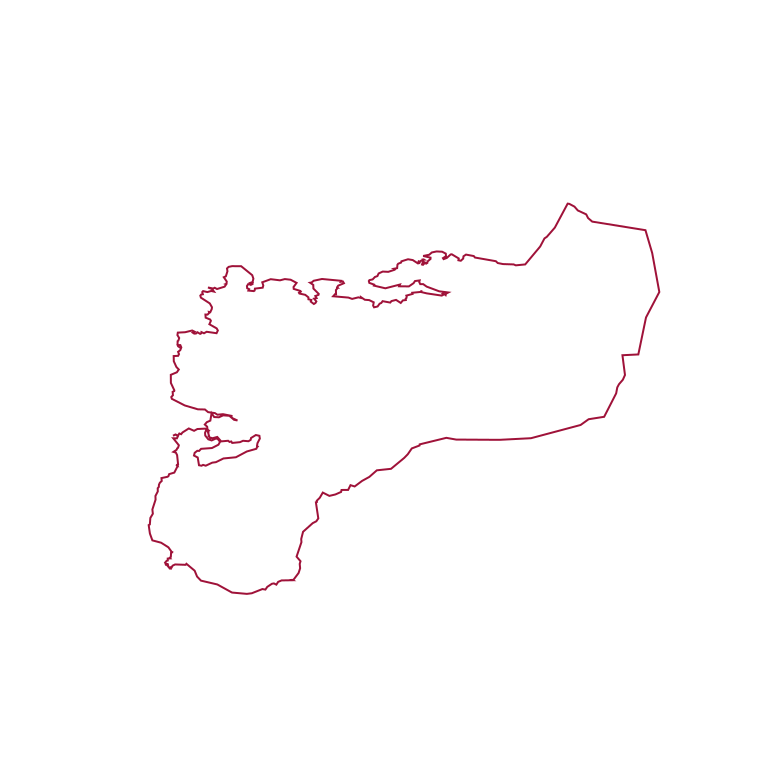 Rissa nor, Sør-Trøndelag, Norway, rotated 33°
{"feature_id": "86288312B80275455305326", "entity_name": "Rissa nor", "entity_type": "district", "adm_level": 2, "iso_a3": "NOR", "parent_name": "Norway", "parent_adm1": "Sør-Trøndelag", "projection": "orthographic", "projection_center": [10.01, 63.676], "detail": "fine", "context": "isolated", "style": "outline", "palette": "rose", "viewbox_px": 768, "rotation_deg": 33, "n_neighbors": 0, "source": "geoboundaries", "source_scale": "gbopen_adm2", "svg_char_len": 6165}
<svg xmlns="http://www.w3.org/2000/svg" viewBox="0 0 768 768"><g transform="rotate(33 384 384)"><path d="M586.5,291.6L583.8,265.4L581.5,259.8L581.2,256.2L582.0,250.3L581.2,245.2L568.3,230.0L581.2,220.7L567.5,185.5L564.8,156.9L537.6,128.1L519.5,112.6L470.2,134.4L464.8,133.7L461.2,131.6L452.0,132.9L447.1,131.5L441.3,132.0L439.8,132.7L442.1,159.8L440.4,171.9L439.3,174.5L440.1,183.6L437.3,206.8L429.9,212.7L427.6,213.1L418.5,218.6L413.5,220.6L410.9,220.1L391.4,228.4L389.6,227.8L382.3,230.8L381.1,233.6L382.1,235.7L381.3,238.8L379.0,239.7L378.3,238.0L370.2,238.3L369.3,239.1L368.0,244.1L366.0,246.8L364.9,246.3L366.4,243.1L364.8,241.0L360.7,241.4L355.9,244.2L352.5,247.6L351.5,251.0L347.1,255.3L354.2,252.7L354.9,253.8L353.9,257.1L354.2,258.9L353.8,259.1L354.2,259.2L353.8,260.1L352.3,260.3L351.8,262.8L350.8,263.1L350.3,261.1L351.0,259.9L349.0,259.7L348.7,258.8L349.9,257.9L349.4,257.9L348.4,258.7L348.9,259.7L347.8,260.6L347.7,261.8L345.4,262.4L347.7,262.3L347.8,263.3L346.8,264.4L340.6,264.4L336.2,266.3L331.8,271.6L332.2,272.8L330.4,275.4L330.3,276.6L331.9,279.7L329.9,281.6L330.9,281.4L330.7,282.4L326.5,287.6L321.7,290.4L319.3,294.2L319.7,297.1L318.1,299.2L317.5,302.5L315.2,304.8L315.2,305.9L316.6,307.2L321.7,306.0L321.9,307.0L333.0,303.0L343.2,291.9L343.5,293.8L351.7,288.6L353.9,283.3L353.9,280.8L357.5,277.7L358.0,279.3L360.0,280.5L362.5,278.9L366.7,279.1L379.8,276.2L388.1,272.2L386.8,274.5L387.3,275.9L384.4,275.6L384.0,276.4L385.4,276.4L384.3,278.4L370.5,284.7L365.5,286.5L364.3,285.1L365.0,286.5L358.0,292.1L358.9,292.9L354.6,297.7L355.5,298.4L356.0,299.8L355.7,300.6L356.6,301.7L354.3,303.6L353.9,306.9L348.3,306.9L345.1,310.4L344.9,312.3L337.7,315.3L337.6,317.5L336.6,319.0L336.4,322.5L333.9,325.1L332.2,324.2L330.9,321.1L325.9,321.7L322.0,323.8L317.5,323.7L318.0,324.3L315.3,325.3L310.9,330.0L307.1,330.9L293.6,338.1L294.1,334.9L294.8,334.7L292.5,331.4L292.7,329.9L292.2,328.9L292.8,328.5L292.0,328.3L292.0,326.5L295.5,321.3L293.7,320.4L292.0,321.9L291.8,320.8L274.8,329.7L268.8,335.7L268.0,338.3L266.9,339.3L270.7,339.4L272.8,342.4L280.2,344.0L280.5,344.9L278.5,347.6L280.7,348.7L278.9,350.5L282.3,351.6L282.4,353.4L281.6,355.1L277.7,354.8L277.3,353.1L274.5,354.1L273.4,352.5L269.4,352.1L263.8,354.2L263.0,353.8L263.9,351.8L263.2,351.5L256.5,353.4L255.3,351.9L255.6,346.8L248.9,347.4L243.7,350.0L240.3,353.7L231.9,357.8L226.5,365.0L229.1,367.1L229.8,369.3L223.8,374.3L224.6,376.1L224.2,377.0L219.4,379.5L219.2,377.9L217.1,378.2L215.7,376.5L215.7,374.2L218.3,373.2L217.9,374.1L219.0,372.3L216.7,372.1L218.2,370.1L219.5,371.1L218.1,369.7L217.1,366.8L214.2,364.5L200.1,363.0L192.4,367.9L189.9,370.4L189.4,372.6L191.3,374.7L192.7,379.8L191.5,381.7L196.3,383.7L197.3,385.7L196.8,386.4L197.4,386.3L197.3,389.2L192.2,395.3L189.6,395.5L188.7,397.0L183.8,398.9L188.2,398.0L191.1,399.1L188.4,400.1L185.8,403.1L181.7,404.6L181.5,405.9L183.2,407.4L182.0,408.5L181.8,409.9L183.4,411.3L194.0,411.3L197.9,413.3L198.7,414.9L199.2,418.4L197.9,418.9L198.7,419.6L198.2,421.9L196.4,423.0L198.3,425.5L203.1,424.6L204.4,425.3L205.0,429.0L213.4,428.5L215.5,429.6L215.9,432.6L206.8,436.8L205.4,439.5L202.6,439.9L203.1,441.1L202.5,442.1L199.4,442.2L198.8,444.1L197.4,445.1L195.6,445.1L196.6,443.3L194.0,443.6L189.0,448.9L183.1,453.2L184.1,455.5L187.2,457.0L187.9,459.6L187.6,460.5L189.6,463.7L190.8,464.5L191.5,464.5L189.9,463.6L192.0,462.3L194.1,463.7L194.7,466.6L193.8,469.2L195.8,470.6L196.0,472.5L192.4,475.1L195.3,479.4L200.6,482.8L204.0,483.6L203.9,487.0L200.2,492.4L204.7,499.2L211.6,503.5L211.9,504.2L211.0,505.7L213.1,508.4L212.7,510.8L214.2,512.0L228.6,510.5L241.7,506.6L247.7,502.9L251.8,503.4L258.0,500.5L261.0,500.5L265.4,497.0L274.4,493.4L272.6,494.2L275.6,495.2L281.0,494.4L277.7,495.7L271.6,494.9L264.7,498.7L265.6,498.8L263.7,501.8L259.6,504.2L255.3,502.4L258.3,509.3L256.2,512.5L255.8,515.6L258.9,516.1L260.8,518.3L262.5,518.5L262.2,519.1L263.7,521.0L261.3,519.2L265.3,522.6L265.2,524.0L265.6,523.2L267.6,524.0L267.3,523.6L269.7,522.9L273.0,519.2L278.7,520.8L284.2,516.5L286.0,516.7L287.2,515.4L288.8,516.1L294.9,511.2L296.7,508.4L301.5,505.8L302.6,503.5L301.9,501.7L304.3,496.6L307.7,495.3L309.6,497.4L310.1,502.5L311.1,504.9L312.1,505.2L311.3,506.4L312.6,505.7L311.9,506.2L312.2,507.9L305.7,515.3L299.7,526.1L289.9,533.9L285.6,541.1L282.8,543.5L279.0,549.6L276.3,550.4L275.5,551.9L273.1,552.9L267.8,547.1L263.6,547.5L262.7,544.8L263.8,541.7L265.4,540.8L265.9,538.0L274.6,531.4L278.2,525.1L278.0,521.8L274.4,520.6L272.7,521.3L270.2,525.2L266.8,526.1L262.2,524.6L260.5,522.4L259.9,519.1L258.5,518.7L252.0,523.4L250.2,526.7L244.5,527.6L241.4,534.4L241.2,536.6L239.3,537.0L239.3,539.4L236.6,539.9L235.2,542.3L236.7,540.0L239.6,539.8L239.9,542.4L236.8,544.3L245.3,547.1L246.0,549.7L245.6,550.6L245.9,552.1L244.4,555.6L246.8,554.9L249.2,556.3L255.2,563.7L255.3,564.2L254.4,564.6L254.4,565.0L255.7,565.5L255.0,566.0L255.7,565.8L256.4,572.5L252.9,576.6L253.4,578.7L253.0,579.7L248.6,584.1L250.4,586.4L249.8,588.9L250.1,591.0L251.2,593.0L251.0,594.7L252.8,597.3L253.3,602.4L255.4,605.4L258.1,615.4L260.8,618.7L261.0,623.6L264.1,629.3L263.5,630.5L269.1,636.9L274.9,641.3L283.5,638.5L292.1,638.4L297.5,640.5L298.9,640.0L297.0,640.9L299.4,645.1L298.9,646.5L299.7,646.7L297.7,648.2L298.8,649.8L298.0,650.7L297.7,652.9L299.5,654.4L300.2,654.4L298.7,653.6L300.7,652.8L301.5,653.5L301.0,654.2L304.9,655.4L306.7,654.4L304.9,655.3L304.3,654.3L305.5,653.3L306.2,654.1L305.6,652.9L305.7,651.4L307.1,649.1L316.1,643.7L316.2,642.4L326.9,643.7L332.1,647.3L337.6,648.6L353.4,642.9L370.1,641.7L383.3,634.7L387.1,631.5L393.7,622.2L396.5,621.0L396.6,617.7L398.8,612.6L400.3,611.2L403.0,610.9L403.0,607.6L405.1,604.5L414.6,598.1L414.0,598.1L414.7,597.6L415.3,589.0L414.0,584.2L411.3,580.8L410.5,578.1L404.7,576.4L400.9,561.6L399.0,559.1L396.6,552.0L400.0,539.5L402.0,536.0L402.1,532.5L391.3,520.3L392.0,519.4L391.2,518.5L392.1,514.4L391.8,508.4L399.1,507.6L403.4,503.1L406.8,497.9L406.1,496.0L411.6,492.4L411.0,487.1L415.2,485.9L418.4,477.2L422.3,469.9L425.0,460.3L436.1,451.3L441.2,435.0L442.2,430.0L442.4,422.9L447.3,416.2L446.8,415.2L465.6,395.2L474.8,391.3L511.3,367.9L536.8,349.4L571.2,311.3L574.8,302.1L586.5,291.6Z" fill="none" stroke="#9f1239" stroke-width="2"/></g></svg>